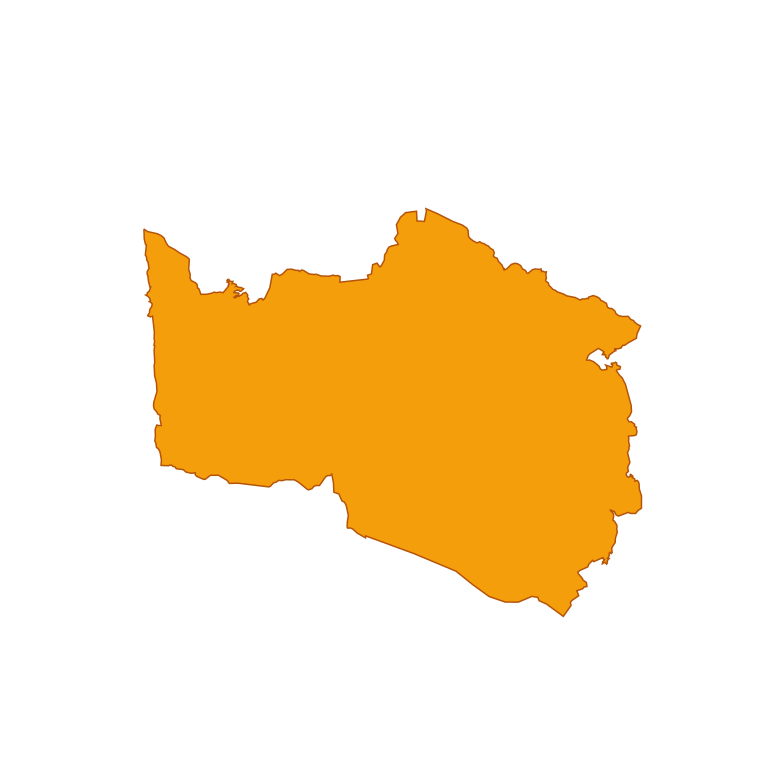 outline of Drajna, Prahova, Romania, rotated 300°
{"feature_id": "2599482B74939876983586", "entity_name": "Drajna", "entity_type": "district", "adm_level": 2, "iso_a3": "ROU", "parent_name": "Romania", "parent_adm1": "Prahova", "projection": "orthographic", "projection_center": [26.088, 45.26], "detail": "fine", "context": "isolated", "style": "filled", "palette": "amber", "viewbox_px": 768, "rotation_deg": 300, "n_neighbors": 0, "source": "geoboundaries", "source_scale": "gbopen_adm2", "svg_char_len": 6169}
<svg xmlns="http://www.w3.org/2000/svg" viewBox="0 0 768 768"><g transform="rotate(300 384 384)"><path d="M397.7,666.6L401.6,667.3L405.1,669.1L415.8,663.0L420.6,657.7L425.0,654.9L426.4,653.4L427.1,651.5L425.3,650.0L427.2,648.4L427.1,645.9L428.6,645.5L429.1,642.8L428.5,642.6L428.1,643.6L428.1,645.1L427.6,644.6L427.5,643.3L425.4,642.4L425.6,640.4L426.8,639.0L428.4,638.5L430.4,639.4L433.8,636.6L439.0,636.2L446.4,629.2L450.2,628.8L451.4,627.8L453.1,627.7L456.7,624.4L459.4,623.2L460.8,621.9L461.3,621.9L464.4,626.5L466.2,627.9L469.5,626.7L472.0,624.1L472.8,624.2L472.7,621.8L474.4,621.3L475.0,617.1L473.9,615.5L473.9,614.8L475.4,612.3L476.2,611.9L478.9,612.6L483.6,612.3L489.0,608.8L504.2,593.5L508.3,587.4L509.4,583.4L511.7,578.6L513.0,578.6L514.7,580.9L517.3,580.0L516.7,576.3L518.5,575.0L518.6,573.6L517.8,573.4L515.7,570.6L514.7,571.1L515.1,572.3L512.5,572.9L511.2,566.6L510.3,568.3L508.0,569.6L505.1,566.0L505.2,563.8L507.0,561.2L508.1,554.5L507.6,550.1L506.4,548.5L506.0,547.6L506.3,547.3L510.7,546.7L513.1,547.2L522.1,551.9L521.9,558.1L521.5,558.6L520.9,558.2L520.2,559.3L519.2,558.2L518.6,558.3L519.9,561.4L518.2,562.4L518.2,563.4L517.4,564.7L518.1,565.4L521.6,564.6L528.0,567.3L528.7,568.2L529.9,567.6L529.2,566.5L529.9,566.2L531.9,569.7L532.5,569.8L533.4,571.2L536.7,571.4L538.0,573.2L541.7,574.8L549.8,579.7L553.8,578.1L562.6,577.2L562.3,573.6L562.9,570.0L563.7,568.5L563.3,565.2L564.7,561.7L561.6,556.6L560.5,552.9L561.0,549.6L562.6,547.5L563.2,544.4L563.2,543.2L562.2,541.7L562.3,539.1L565.0,536.4L565.1,531.7L564.7,530.0L565.9,528.1L566.0,524.9L565.2,521.0L561.6,517.8L559.9,518.1L559.7,516.9L558.2,515.7L556.8,513.1L554.8,511.9L554.5,506.4L551.7,498.1L551.6,494.3L550.4,487.6L550.8,485.9L550.4,483.1L552.0,477.4L553.7,475.8L554.0,472.8L554.9,471.9L556.6,471.9L559.5,469.6L562.3,468.5L561.3,467.2L561.1,464.9L560.2,464.2L562.2,462.4L561.0,461.4L559.2,457.4L557.2,455.4L551.8,453.4L551.6,452.3L553.1,449.7L552.9,446.4L554.9,443.1L554.9,439.3L553.9,436.9L551.3,434.5L545.0,432.7L543.0,431.2L543.9,430.5L543.3,430.2L545.9,426.9L547.6,421.5L549.5,419.2L549.1,416.9L549.4,414.8L552.8,413.9L554.7,411.5L554.7,408.3L555.7,405.2L555.3,402.3L555.7,400.4L554.9,398.7L555.1,395.7L553.1,394.5L552.7,393.7L552.5,389.5L553.1,385.7L554.0,383.5L559.2,379.9L560.4,377.5L560.8,372.4L559.2,362.3L558.2,344.7L556.8,332.7L555.0,334.3L545.0,337.7L541.7,331.0L549.9,325.8L543.2,317.0L536.6,314.9L528.1,315.1L521.3,320.8L515.3,320.5L514.1,322.3L513.4,324.6L511.9,326.5L507.1,321.3L504.9,319.8L501.5,319.7L500.0,320.3L496.1,320.0L491.2,322.4L484.7,322.5L483.3,321.7L485.2,317.6L481.7,314.5L473.0,318.1L469.9,315.3L467.6,317.7L466.7,317.4L450.1,294.9L455.1,292.3L454.9,290.0L453.1,287.2L452.9,285.5L450.1,282.9L446.1,275.5L445.2,270.5L443.7,268.3L441.9,264.1L442.1,257.6L441.5,255.6L439.1,254.5L439.7,253.1L438.4,251.0L437.3,246.7L434.8,242.8L428.6,241.1L425.7,239.5L425.9,234.9L424.2,234.0L423.1,232.4L410.2,237.0L398.7,237.9L396.2,237.2L397.0,235.5L395.3,233.4L390.9,232.4L386.8,228.4L385.1,227.8L385.3,227.1L386.4,226.3L386.7,224.8L388.4,224.1L390.0,224.4L391.5,221.8L392.8,221.6L394.2,218.5L391.8,216.4L389.7,216.1L388.9,215.1L387.4,214.7L387.1,213.3L384.4,212.2L383.6,210.2L385.1,211.5L386.4,211.5L387.6,213.4L389.7,213.2L390.0,212.5L388.1,208.3L389.5,208.2L391.4,209.4L392.7,211.4L392.2,212.6L392.6,213.6L396.2,214.9L396.1,212.1L394.9,209.3L395.1,207.9L394.4,206.9L395.3,207.1L396.3,206.3L395.7,203.2L394.9,202.2L397.3,201.9L395.9,199.4L397.0,197.3L396.3,196.4L395.2,196.2L394.7,196.8L395.0,197.6L393.9,197.3L394.4,198.7L393.6,198.8L392.8,200.1L391.5,199.7L390.8,200.4L382.6,199.0L381.7,196.1L379.1,192.9L378.7,191.0L376.7,189.6L372.9,185.4L370.1,180.5L373.8,176.3L373.9,174.6L376.8,172.3L377.4,170.2L377.2,165.3L378.8,163.0L382.1,161.3L385.7,157.5L394.2,153.3L395.0,152.4L395.5,148.8L395.3,141.9L395.8,135.1L395.5,128.5L397.3,124.8L400.5,120.4L401.1,116.8L400.8,112.5L397.8,103.0L398.1,99.1L397.7,98.9L389.8,103.8L385.6,107.7L385.5,108.8L376.3,112.8L375.5,114.5L372.3,117.0L371.9,118.4L366.6,122.7L362.9,122.7L360.3,124.3L359.6,125.4L354.8,129.0L350.9,132.9L351.3,133.5L347.0,134.3L344.7,133.4L342.9,134.1L341.9,133.2L341.9,135.8L341.1,138.1L339.3,140.1L338.0,139.6L338.2,140.5L337.5,143.2L334.9,144.1L331.5,143.9L328.3,145.3L325.2,145.1L324.8,145.9L325.4,147.2L325.2,148.0L327.1,149.6L313.6,159.5L308.2,162.3L306.4,163.9L302.4,165.5L302.5,166.3L298.3,168.0L288.0,174.7L285.2,175.6L276.4,181.3L271.0,186.5L263.8,191.2L253.0,193.8L250.0,195.2L247.5,197.4L246.1,201.3L244.9,203.0L244.9,205.9L242.1,207.1L236.7,211.9L235.3,209.5L234.9,207.8L233.9,207.9L230.1,208.6L224.5,212.1L219.9,214.1L219.0,215.7L215.3,218.7L215.0,221.1L213.1,224.0L207.1,229.1L202.0,231.6L205.5,238.3L206.7,239.2L207.6,240.9L207.1,242.3L207.7,244.5L206.8,246.5L209.5,253.1L208.7,256.4L210.3,261.7L212.7,265.0L211.0,266.0L210.4,268.2L211.2,275.3L212.0,276.8L218.1,279.3L222.2,286.3L222.1,295.6L221.7,297.6L220.9,298.6L220.6,299.8L225.1,307.2L237.3,335.7L238.5,336.7L243.2,337.8L245.1,339.7L248.0,341.1L249.2,343.9L252.0,346.8L256.2,354.3L256.2,359.1L254.4,370.4L254.7,371.7L257.3,373.9L260.3,374.5L262.0,375.7L263.8,378.9L274.2,379.8L276.6,381.0L277.6,383.0L279.8,383.9L273.2,389.6L265.2,394.7L266.2,399.9L261.7,406.1L261.9,408.9L259.8,412.1L252.4,418.8L246.0,421.3L241.5,423.7L241.0,424.5L242.4,426.7L242.8,429.3L241.5,435.4L241.5,444.9L243.3,444.2L252.1,494.7L257.9,540.0L254.6,561.2L252.5,581.3L255.8,598.1L262.3,609.4L274.0,618.3L276.1,623.8L273.9,626.6L274.7,634.7L272.4,655.5L285.7,656.7L288.2,654.6L290.3,654.9L298.0,658.5L301.4,654.4L305.8,658.3L308.4,658.9L310.1,661.0L313.3,658.5L313.7,654.0L314.7,653.3L316.8,647.3L317.9,645.9L320.4,646.8L327.5,651.9L330.3,651.5L335.6,652.8L335.0,654.4L342.7,660.1L342.3,660.3L342.9,661.2L342.1,661.6L342.1,662.8L339.4,662.3L337.5,663.0L340.0,664.3L339.3,666.9L341.1,666.8L342.2,665.7L345.4,666.2L344.8,664.8L347.5,665.0L350.1,663.6L351.3,664.0L350.7,665.5L352.1,665.9L355.3,663.5L357.4,663.1L362.2,663.5L366.2,661.5L372.5,660.1L374.0,658.6L378.1,656.4L380.3,652.4L380.6,650.2L384.0,649.2L386.6,647.4L387.5,643.6L388.1,643.1L388.7,647.3L386.7,650.5L386.8,653.0L394.8,659.6L395.3,662.5L397.7,666.6Z" fill="#f59e0b" stroke="#b45309" stroke-width="1.5"/></g></svg>